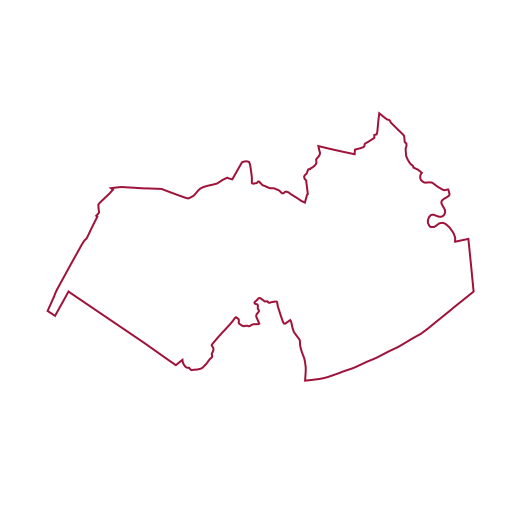 Chau Thanh, Kiên Giang, Vietnam (Mercator projection), rotated 264°
{"feature_id": "81297802B94247950786042", "entity_name": "Chau Thanh", "entity_type": "district", "adm_level": 2, "iso_a3": "VNM", "parent_name": "Vietnam", "parent_adm1": "Kiên Giang", "projection": "mercator", "projection_center": [105.182, 9.959], "detail": "fine", "context": "isolated", "style": "outline", "palette": "rose", "viewbox_px": 512, "rotation_deg": 264, "n_neighbors": 0, "source": "geoboundaries", "source_scale": "gbopen_adm2", "svg_char_len": 6139}
<svg xmlns="http://www.w3.org/2000/svg" viewBox="0 0 512 512"><g transform="rotate(264 256 256)"><path d="M197.9,468.7L226.0,468.9L250.8,469.0L249.4,455.5L251.2,455.7L252.9,456.0L253.8,455.9L257.3,455.1L260.1,453.8L263.9,451.6L266.2,449.7L268.2,447.7L269.0,446.3L269.3,445.8L269.5,444.6L269.4,442.4L269.3,441.9L269.0,441.1L267.2,438.2L266.3,436.3L266.3,435.4L266.4,434.1L266.5,433.1L266.9,432.3L267.8,431.6L269.5,430.9L270.3,430.6L271.2,430.5L272.6,430.5L273.9,430.9L275.6,431.6L276.6,432.2L277.3,432.9L277.9,433.5L278.3,434.2L278.5,434.8L278.6,435.6L278.5,436.4L278.3,437.4L277.5,438.8L276.0,441.9L275.7,443.5L275.8,445.0L276.2,445.9L276.6,446.6L277.2,447.3L277.8,447.8L278.8,448.3L279.6,448.6L280.3,448.7L281.0,448.7L281.7,448.7L282.4,448.6L283.7,448.1L285.9,447.1L287.9,446.3L289.3,445.9L290.2,446.0L290.8,446.2L291.6,446.7L292.3,447.5L293.2,448.9L294.2,451.2L295.3,453.4L296.0,454.3L296.8,454.8L297.6,454.9L298.7,454.7L300.1,454.5L302.0,454.2L302.1,452.7L301.7,451.2L301.8,450.2L302.1,449.1L305.3,444.7L306.6,443.1L310.2,439.3L310.7,438.4L311.2,435.5L311.2,432.4L311.5,431.1L312.2,430.0L314.0,428.2L315.4,427.7L316.5,427.5L318.4,427.7L319.4,428.1L319.9,428.4L320.6,428.8L321.4,429.6L321.9,429.1L323.8,427.3L324.9,426.1L325.8,424.7L327.5,421.8L328.3,421.8L329.2,421.5L329.7,421.1L330.8,419.8L331.6,419.2L333.3,418.2L335.7,417.1L337.4,416.5L339.7,415.8L341.1,415.8L345.4,415.9L347.0,416.0L347.7,416.3L349.9,417.2L351.6,417.3L352.0,417.3L352.4,417.1L352.7,416.8L353.4,416.1L353.6,415.9L354.5,415.8L355.3,415.8L358.5,415.9L359.3,415.9L359.9,415.8L360.6,415.5L361.5,414.9L363.5,413.2L366.7,410.5L371.1,406.9L374.4,404.2L376.3,403.4L377.0,402.9L377.3,402.7L377.4,402.4L377.6,402.0L377.9,401.1L378.1,400.7L379.7,398.8L385.1,393.5L379.5,392.2L366.3,389.5L364.3,388.6L364.0,386.3L361.1,386.0L358.1,380.1L356.4,376.3L355.9,375.8L353.9,375.2L353.4,374.8L353.2,374.4L352.8,373.3L352.2,370.7L351.8,367.5L351.4,365.5L346.9,364.7L350.9,352.4L354.8,340.8L358.8,329.5L354.5,330.0L352.7,330.3L351.9,330.4L351.2,330.3L350.6,330.1L349.8,329.7L349.0,329.2L346.1,326.2L345.7,325.9L345.1,325.9L343.7,325.9L342.5,325.8L341.6,325.5L341.1,325.1L339.6,323.7L337.9,320.8L337.7,319.9L336.8,319.0L336.8,317.7L336.7,317.1L336.1,316.7L332.9,315.1L332.0,314.1L331.4,313.2L330.7,312.6L330.0,312.2L329.1,312.2L328.2,312.3L327.4,312.6L325.8,313.9L324.0,313.7L323.6,313.8L323.2,313.8L312.1,314.0L311.8,313.4L311.1,313.0L304.0,310.2L305.9,307.0L309.3,303.0L313.6,297.4L315.6,295.3L316.1,294.6L316.5,293.6L316.7,293.1L316.9,292.5L316.9,291.9L316.6,291.3L316.2,290.9L315.9,290.5L315.7,290.1L315.6,289.8L315.5,289.4L315.5,289.1L315.6,288.8L315.8,288.4L316.2,287.9L317.1,287.2L318.0,286.5L318.6,285.9L319.2,285.2L319.7,284.1L320.8,282.2L321.1,281.7L321.4,281.0L321.6,279.9L321.7,279.2L321.8,278.0L322.2,276.4L322.3,276.0L323.2,274.8L323.7,273.7L324.5,272.5L325.3,270.7L326.1,269.6L327.0,268.9L328.3,267.9L328.5,267.6L329.3,267.3L329.7,266.9L329.8,266.4L329.8,266.0L329.5,265.5L329.0,265.1L328.6,264.6L328.4,264.1L328.4,262.5L328.2,261.5L328.2,260.7L328.5,260.1L328.8,259.7L329.1,259.5L333.3,260.0L335.3,260.1L342.4,259.9L345.4,259.8L348.1,259.5L350.3,258.9L351.0,257.1L351.2,256.0L351.2,254.6L351.1,253.6L350.7,251.9L334.7,240.4L335.7,237.8L336.3,236.5L336.9,235.6L335.0,230.3L333.2,227.0L332.1,224.6L331.6,221.4L331.2,217.8L330.8,214.7L330.4,212.6L329.7,209.6L328.6,207.2L327.2,205.4L323.5,201.5L322.3,200.0L321.3,197.6L320.4,195.1L320.4,194.4L320.6,193.8L321.0,192.5L324.8,184.6L329.6,174.9L332.3,169.6L332.6,168.9L334.6,154.9L334.9,152.1L336.1,144.8L336.7,141.5L337.9,133.9L338.5,130.8L338.7,128.7L338.7,127.2L338.7,122.3L338.6,118.9L336.9,120.7L335.7,119.3L334.8,118.3L333.8,117.3L327.6,109.2L325.5,106.5L324.2,105.1L323.3,104.5L322.1,104.5L319.2,104.4L315.8,104.4L315.1,104.0L314.4,103.3L312.7,101.3L311.7,102.3L305.0,98.0L298.5,93.9L295.3,92.0L291.2,89.4L289.3,86.9L285.5,83.9L267.0,70.9L243.3,54.5L239.6,52.3L236.4,50.7L223.1,43.0L217.5,49.9L235.3,62.4L240.3,65.8L238.0,68.4L181.2,135.8L161.9,157.8L155.8,164.9L156.8,166.4L158.8,169.4L160.4,172.0L158.7,172.0L156.7,172.4L154.2,173.6L153.3,174.2L152.7,174.9L152.1,175.8L151.9,177.1L151.8,177.8L151.3,178.2L150.2,178.8L149.8,179.2L149.3,179.8L149.2,180.3L149.4,182.3L149.2,185.2L149.6,188.8L150.0,190.1L150.6,191.3L153.7,195.1L158.2,199.2L158.7,199.7L159.0,200.3L159.3,200.8L159.5,201.2L159.8,201.5L160.3,201.8L161.5,201.9L162.5,201.8L163.2,201.8L163.6,201.9L164.5,202.5L166.0,203.4L166.9,203.8L168.0,203.9L169.0,203.9L169.9,203.5L171.6,202.6L172.2,202.7L172.5,203.0L173.2,203.6L178.8,209.4L183.4,214.5L186.1,217.7L190.0,222.1L192.3,224.6L194.7,226.9L196.1,228.1L196.8,228.9L197.2,229.6L196.6,230.0L196.1,231.0L195.4,231.7L194.7,232.2L193.4,232.2L191.4,231.8L190.4,232.2L189.3,233.6L188.1,234.9L187.4,236.6L187.6,238.2L187.6,239.1L187.6,239.8L187.4,240.5L186.9,241.4L186.9,242.0L187.1,242.8L187.8,244.1L188.3,245.7L188.4,246.9L188.0,250.8L188.1,251.5L188.4,252.2L194.7,250.2L195.5,249.9L196.2,249.9L196.9,250.2L197.6,250.3L198.3,250.8L199.9,252.5L200.6,253.0L201.2,253.2L202.0,253.1L202.9,252.5L203.6,252.3L204.3,252.3L205.5,252.6L206.5,252.7L207.3,252.5L207.8,252.2L208.0,251.4L208.5,250.3L208.9,249.9L209.3,249.7L209.8,249.6L210.2,249.8L210.8,250.5L211.2,251.1L211.7,251.9L213.5,253.8L213.8,254.6L213.8,255.4L213.4,256.2L212.2,257.4L211.4,258.4L210.7,259.1L210.0,259.8L209.8,260.4L209.8,262.4L209.7,262.7L209.1,263.1L208.5,263.4L208.1,264.1L208.1,264.9L208.4,266.1L208.5,266.9L208.5,267.9L208.6,268.9L208.7,269.8L208.7,270.5L208.6,271.1L208.5,271.6L208.1,272.1L206.6,272.3L205.1,272.3L203.1,272.5L198.6,273.5L195.5,274.1L188.1,275.8L186.9,276.2L185.9,276.8L185.6,277.9L188.7,283.3L186.8,284.1L180.1,284.9L176.5,285.7L172.7,287.9L169.3,290.0L167.7,290.7L165.6,290.7L163.9,290.6L161.4,290.6L157.8,291.1L153.1,292.2L149.2,293.3L145.1,293.7L140.2,293.8L136.8,293.5L126.9,291.8L126.9,298.7L127.1,306.8L127.5,310.9L128.1,314.7L129.9,322.4L130.8,326.2L132.1,330.8L133.1,335.3L134.1,339.8L135.1,343.3L139.5,356.1L141.4,362.7L142.2,365.2L147.2,377.9L150.8,388.2L152.5,391.9L157.7,403.1L161.5,412.1L165.8,419.3L171.2,427.5L181.3,443.1L183.5,446.3L195.3,464.7L197.9,468.7Z" fill="none" stroke="#9f1239" stroke-width="2"/></g></svg>